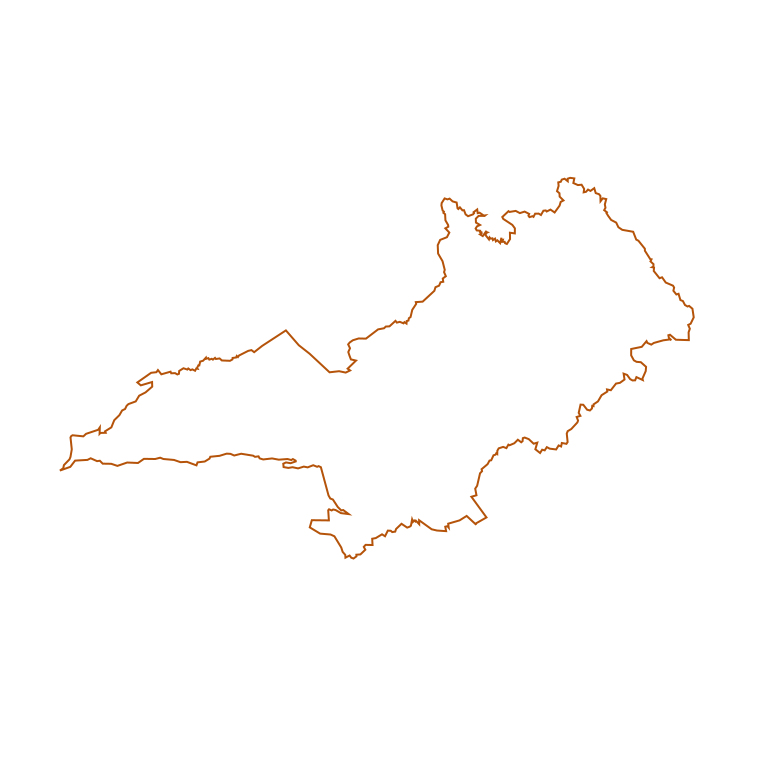 Puebla, Puebla, Mexico, rotated 224°
{"feature_id": "50627088B84847433271459", "entity_name": "Puebla", "entity_type": "district", "adm_level": 2, "iso_a3": "MEX", "parent_name": "Mexico", "parent_adm1": "Puebla", "projection": "mercator", "projection_center": [-98.163, 19.034], "detail": "fine", "context": "isolated", "style": "outline", "palette": "amber", "viewbox_px": 768, "rotation_deg": 224, "n_neighbors": 0, "source": "geoboundaries", "source_scale": "gbopen_adm2", "svg_char_len": 6165}
<svg xmlns="http://www.w3.org/2000/svg" viewBox="0 0 768 768"><g transform="rotate(224 384 384)"><path d="M412.3,442.7L412.1,441.2L415.8,439.7L417.4,437.1L419.6,437.4L420.1,429.3L422.6,426.6L422.7,424.1L426.2,419.2L428.5,404.1L433.9,399.1L436.8,393.8L437.5,390.1L437.3,387.6L433.3,386.1L431.9,382.2L428.7,380.5L424.9,378.7L420.4,381.4L420.8,369.8L417.8,370.2L419.5,365.6L425.2,362.0L431.3,354.6L458.6,354.1L472.2,352.7L491.8,354.4L498.1,326.8L499.5,316.7L502.9,316.3L504.7,313.5L508.1,303.7L507.8,301.9L509.4,301.9L508.8,300.3L511.0,297.6L510.1,296.4L510.9,293.7L517.0,288.3L520.0,288.2L522.3,285.2L523.7,285.4L524.0,282.7L525.4,282.5L526.6,280.2L528.3,280.6L529.5,278.5L530.4,279.2L530.3,275.1L531.8,272.4L529.8,269.1L530.5,268.6L529.7,265.8L528.7,265.5L529.8,264.8L529.1,262.3L532.0,261.4L532.8,259.6L535.6,259.2L535.5,257.8L539.2,256.0L540.4,251.1L538.6,248.9L539.3,247.3L541.8,246.7L544.5,243.9L546.1,244.6L550.9,236.3L556.3,237.0L555.9,234.4L559.3,230.3L562.5,213.8L558.0,214.1L552.2,224.3L548.9,221.1L549.7,212.3L552.0,205.5L550.5,199.0L553.9,192.0L554.0,189.5L552.9,186.2L554.0,183.0L552.7,177.8L552.9,170.6L550.0,163.4L551.8,156.2L550.3,155.6L554.0,151.8L554.0,150.6L558.3,155.4L557.8,152.5L563.7,141.2L563.9,137.5L572.4,130.8L572.8,129.4L572.4,127.8L563.2,120.1L558.9,113.8L557.9,111.3L557.9,103.3L556.2,100.6L557.0,96.6L552.1,106.5L553.0,114.3L544.6,123.4L543.4,126.8L536.8,129.2L535.1,131.4L531.0,131.3L524.8,137.1L518.9,139.9L514.2,149.1L506.1,156.3L504.7,163.4L496.5,171.1L493.8,175.5L490.6,176.8L482.3,183.5L476.1,186.4L471.7,191.1L462.4,195.2L463.7,198.1L459.1,203.7L457.7,209.1L458.4,211.0L452.4,218.1L448.8,224.6L445.9,227.1L442.1,228.5L438.3,234.6L428.4,241.5L426.2,242.0L424.0,244.8L421.8,244.1L418.5,245.8L412.8,252.7L407.1,256.5L401.3,263.0L397.9,264.9L397.4,266.7L394.3,267.5L393.7,267.0L396.2,262.1L400.0,259.5L401.1,256.7L398.5,254.5L394.5,257.2L392.0,260.6L387.2,263.6L384.3,268.9L381.0,271.0L378.5,276.4L374.6,278.0L374.0,279.5L371.6,280.3L346.5,265.3L343.1,264.3L340.5,265.4L331.8,263.4L326.9,263.4L325.8,265.0L319.0,265.9L325.3,261.2L331.3,259.7L333.4,258.4L333.8,256.7L336.5,255.7L336.4,254.4L328.9,247.6L341.3,235.9L337.8,229.3L326.0,232.0L317.9,238.6L313.9,240.0L301.2,236.7L297.1,234.5L293.2,234.2L291.1,232.3L289.6,236.7L286.9,236.3L284.7,237.3L284.1,240.9L285.3,242.0L282.6,245.0L282.3,251.8L285.4,252.8L285.5,255.5L280.4,260.2L285.0,264.5L282.9,267.4L281.0,274.5L277.5,275.2L279.4,281.2L277.2,283.1L275.2,283.2L273.4,285.6L274.6,288.1L274.3,295.6L267.6,296.8L266.4,299.2L266.2,300.8L269.7,306.1L267.4,305.0L267.5,306.8L265.9,306.9L266.1,307.8L261.3,307.6L264.1,310.4L248.8,312.6L244.1,315.4L237.1,321.3L240.8,323.9L239.6,325.8L237.7,325.6L240.8,328.1L234.9,338.4L232.9,346.5L219.9,346.8L221.1,347.3L217.6,359.2L242.8,363.6L240.2,368.2L245.7,372.1L246.3,375.5L252.9,386.5L252.9,389.4L254.6,390.5L253.8,398.3L254.9,402.2L253.9,403.6L255.7,408.8L254.7,410.6L255.1,412.1L253.9,412.3L256.1,414.7L256.8,417.4L254.6,421.5L251.4,422.9L252.4,426.8L251.1,427.2L249.1,431.9L249.0,436.9L244.8,437.4L244.6,439.1L246.5,441.5L245.6,443.2L241.6,444.9L234.9,445.0L233.0,448.3L229.8,442.2L223.8,442.8L224.6,446.6L222.3,447.9L223.0,451.7L219.9,452.6L214.7,456.5L215.7,461.1L213.2,462.1L215.1,465.1L211.2,467.7L211.6,469.8L218.1,475.3L219.1,477.7L218.0,481.7L218.2,490.7L219.0,492.5L222.5,494.1L220.6,497.5L223.9,498.5L228.3,505.7L226.2,507.5L220.0,506.6L217.5,508.0L217.4,510.8L219.0,512.9L217.9,513.6L219.1,514.9L218.0,520.1L219.7,527.1L218.1,533.7L219.8,535.0L216.5,537.1L217.4,545.5L215.1,548.7L214.1,554.3L218.8,557.9L215.4,559.4L210.4,558.5L207.7,559.2L205.9,561.1L207.2,564.3L200.6,566.6L201.8,567.3L204.7,575.1L207.4,578.4L214.4,578.1L217.7,575.4L220.7,574.6L226.1,576.3L230.5,580.9L224.4,589.8L224.9,597.2L223.1,596.5L219.1,598.0L218.4,601.0L213.4,609.5L209.2,614.8L207.7,615.1L211.1,615.1L213.3,616.6L212.5,618.1L204.8,618.6L195.2,627.3L200.8,632.8L202.4,636.2L206.2,637.8L205.3,640.4L207.5,647.1L214.4,652.4L218.8,652.1L219.5,650.6L222.4,649.9L226.6,651.3L229.1,650.3L234.8,653.5L235.9,651.5L240.6,652.1L242.3,654.9L244.4,655.5L251.8,652.7L258.1,653.9L259.3,651.5L268.5,652.7L270.6,655.3L272.2,654.3L271.8,655.6L273.4,657.4L277.5,657.3L278.2,659.5L279.3,658.8L288.9,661.1L290.3,662.5L300.5,663.8L302.9,663.1L310.5,666.6L319.7,660.4L324.3,659.6L329.1,661.4L334.6,659.8L339.7,660.7L342.8,661.5L342.9,662.4L346.4,662.0L347.1,664.6L349.9,666.6L352.6,671.4L355.6,669.5L355.2,665.9L359.0,669.6L361.2,669.9L364.3,668.4L368.8,670.9L369.6,666.3L372.3,665.6L372.2,662.6L373.5,660.6L375.6,663.4L380.3,664.6L382.7,661.8L387.4,660.1L389.9,664.1L393.3,661.6L394.5,659.3L392.7,657.5L396.7,657.1L398.1,654.5L397.3,652.3L398.7,650.1L396.0,647.8L393.5,642.9L390.3,643.1L387.8,640.8L382.4,640.7L383.4,637.7L381.6,634.3L380.4,625.9L385.4,625.1L386.8,621.1L388.2,621.2L389.7,619.4L388.5,614.6L391.1,614.0L393.6,611.5L392.6,608.1L393.7,607.9L395.3,605.1L397.0,605.4L397.7,607.2L402.6,605.7L405.0,601.3L409.5,600.0L413.2,595.0L414.5,594.8L414.9,586.3L412.9,585.6L402.2,587.6L398.0,586.9L394.5,583.2L398.5,580.3L394.0,575.8L392.9,570.1L394.7,569.4L396.0,570.1L397.6,568.5L398.6,570.3L399.3,569.2L401.1,570.7L398.3,566.0L402.3,566.1L402.6,564.3L405.1,565.7L405.6,563.2L407.2,564.1L408.2,562.7L409.9,562.8L408.9,560.9L414.2,561.6L415.4,563.3L414.9,564.8L416.0,564.2L416.7,565.3L415.7,559.0L419.0,558.3L418.5,560.3L419.3,560.9L420.6,560.1L421.3,561.0L424.0,558.9L426.1,559.5L426.6,562.0L425.4,565.1L430.0,564.0L432.8,566.7L432.7,570.7L428.4,574.8L428.3,575.6L429.2,574.5L434.3,573.6L435.3,572.0L438.2,574.3L438.9,569.8L437.9,569.5L437.8,567.9L440.1,563.1L443.1,562.7L447.2,564.6L448.2,563.4L452.1,563.8L452.1,561.5L453.2,561.5L457.8,565.0L461.5,563.0L465.6,562.9L466.6,560.9L469.3,559.6L468.2,554.2L466.7,552.3L462.3,549.5L460.6,549.6L460.2,548.4L458.0,548.6L453.5,544.4L448.3,542.9L447.0,541.8L448.0,538.6L442.2,538.3L440.7,533.3L443.7,526.7L441.8,521.2L435.7,515.4L427.2,513.0L419.6,508.3L418.5,506.2L414.4,504.5L415.0,500.7L412.4,498.7L414.0,496.5L412.7,493.0L414.2,489.4L412.5,486.0L413.4,470.1L418.0,465.0L416.5,464.0L415.2,457.0L411.4,450.6L411.8,448.6L410.5,446.6L411.4,445.1L409.8,443.1L412.3,442.7Z" fill="none" stroke="#b45309" stroke-width="2"/></g></svg>